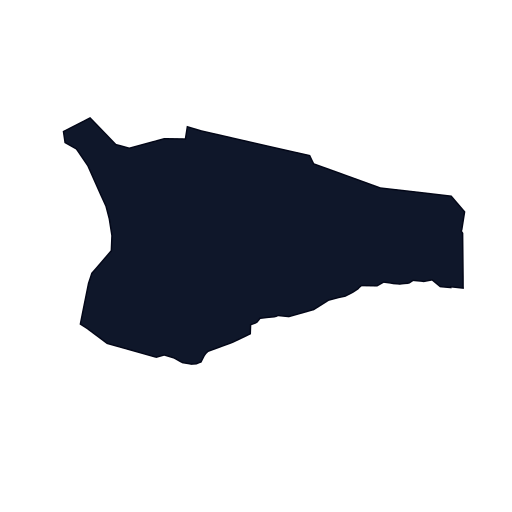 outline of San Souci, Castries, Saint Lucia, rotated 99°
{"feature_id": "8701671B431817219608", "entity_name": "San Souci", "entity_type": "district", "adm_level": 2, "iso_a3": "LCA", "parent_name": "Saint Lucia", "parent_adm1": "Castries", "projection": "natural_earth1", "projection_center": [-60.989, 14.017], "detail": "fine", "context": "isolated", "style": "filled", "palette": "ink", "viewbox_px": 512, "rotation_deg": 99, "n_neighbors": 0, "source": "geoboundaries", "source_scale": "gbopen_adm2", "svg_char_len": 1496}
<svg xmlns="http://www.w3.org/2000/svg" viewBox="0 0 512 512"><g transform="rotate(99 256 256)"><path d="M352.1,415.6L353.7,411.9L365.6,389.3L369.5,356.0L371.4,340.1L371.5,338.5L370.5,336.4L368.1,331.2L368.7,326.7L369.5,321.0L372.2,313.7L372.5,312.6L372.8,311.9L372.8,306.8L372.8,305.2L372.9,303.0L371.8,298.1L370.0,295.2L369.3,293.8L362.5,291.6L360.1,290.4L357.7,288.6L350.3,275.4L346.4,268.3L344.7,265.4L335.6,252.2L333.7,249.5L324.7,250.6L322.3,246.2L321.1,244.7L316.9,242.3L314.9,235.3L313.4,229.4L313.2,228.5L312.8,227.8L312.6,227.0L311.3,225.0L310.7,214.1L300.3,191.6L300.0,190.8L288.3,177.5L284.0,167.8L281.7,161.7L276.5,154.6L274.5,152.4L272.5,150.2L270.9,149.2L268.7,147.3L266.5,131.8L261.8,125.9L261.6,119.4L261.7,115.8L261.3,111.6L261.2,109.6L260.6,107.7L259.5,103.4L259.4,102.6L258.6,100.5L255.5,97.1L254.9,88.4L254.9,86.4L252.0,78.3L257.4,69.2L256.7,58.7L255.9,58.9L255.3,46.4L254.6,46.5L253.8,46.7L244.5,48.2L201.2,55.5L200.1,56.5L199.4,57.2L197.6,56.9L179.8,56.9L166.4,72.6L167.0,87.5L169.4,143.9L162.1,181.6L156.0,213.5L153.2,215.5L148.5,218.7L145.8,259.9L141.0,330.1L139.1,344.0L151.5,344.0L154.5,364.9L169.4,398.0L168.3,407.5L167.9,411.9L149.8,435.9L145.6,441.5L150.9,448.7L163.2,465.6L173.8,462.3L178.3,450.2L179.8,448.7L193.1,436.2L219.9,418.8L224.4,415.8L230.3,411.9L239.7,407.8L242.2,406.7L258.6,401.4L259.7,401.3L273.4,399.7L293.7,412.2L298.7,415.4L302.6,416.0L309.1,417.1L337.8,418.3L350.7,418.8L352.1,415.6Z" fill="#0f172a" stroke="#020617" stroke-width="1.5"/></g></svg>